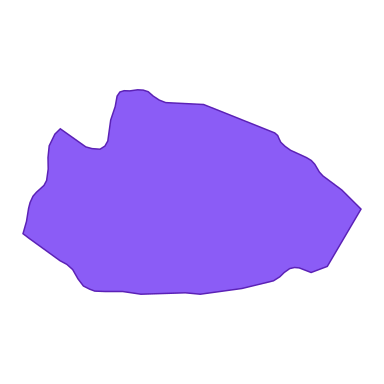 SVG path tracing the border of Tafilah
{"feature_id": "JOR-852", "entity_name": "Tafilah", "entity_type": "Province", "adm_level": 1, "iso_a3": "JOR", "parent_name": "Jordan", "parent_adm1": "", "projection": "albers", "projection_center": [35.57, 30.801], "detail": "fine", "context": "isolated", "style": "filled", "palette": "violet", "viewbox_px": 384, "rotation_deg": 0, "n_neighbors": 0, "source": "natural_earth", "source_scale": "10m", "svg_char_len": 915}
<svg xmlns="http://www.w3.org/2000/svg" viewBox="0 0 384 384"><path d="M23.0,233.7L26.5,221.4L28.6,208.3L30.1,202.5L33.0,196.2L36.5,192.2L44.0,185.4L46.6,180.5L48.2,169.1L48.0,157.5L49.2,145.8L54.9,134.1L60.3,128.8L63.7,131.2L85.8,146.9L92.0,148.6L100.0,149.2L104.9,146.1L107.8,141.0L110.7,120.0L115.2,106.6L117.1,96.1L119.9,92.0L124.1,90.7L129.7,90.9L137.6,89.8L143.2,90.1L148.2,91.7L153.2,96.1L159.3,100.1L165.7,102.6L203.6,104.5L274.7,132.9L277.7,135.5L279.0,138.6L280.8,142.3L285.0,146.3L290.6,150.3L306.7,157.7L311.3,160.5L314.8,164.3L319.4,172.1L323.0,176.0L341.8,190.0L361.0,209.1L327.3,266.4L311.1,272.5L299.2,267.9L294.5,267.5L289.7,268.6L284.2,272.5L279.8,276.8L273.5,280.8L241.9,288.5L200.3,294.2L185.2,292.8L140.9,294.2L122.7,291.5L104.9,291.5L94.8,291.1L89.7,289.2L83.4,286.0L78.0,278.9L72.7,269.6L66.9,264.4L60.0,260.7L29.7,238.8L23.0,233.7Z" fill="#8b5cf6" stroke="#5b21b6" stroke-width="1.5"/></svg>